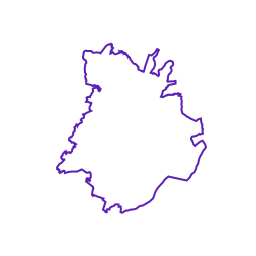 Cluj-Napoca, Cluj, Romania (Robinson projection), rotated 125°
{"feature_id": "2599482B57183419142958", "entity_name": "Cluj-Napoca", "entity_type": "district", "adm_level": 2, "iso_a3": "ROU", "parent_name": "Romania", "parent_adm1": "Cluj", "projection": "robinson", "projection_center": [23.595, 46.776], "detail": "fine", "context": "isolated", "style": "outline", "palette": "violet", "viewbox_px": 256, "rotation_deg": 125, "n_neighbors": 0, "source": "geoboundaries", "source_scale": "gbopen_adm2", "svg_char_len": 5815}
<svg xmlns="http://www.w3.org/2000/svg" viewBox="0 0 256 256"><g transform="rotate(125 128 128)"><path d="M96.8,203.6L97.2,202.9L96.9,201.5L97.4,200.5L98.7,199.8L98.7,199.5L100.0,199.6L103.9,197.7L107.3,195.0L108.0,193.2L110.4,192.7L111.5,191.6L111.8,190.4L112.7,190.2L112.8,189.6L113.2,189.1L114.4,188.7L115.8,187.4L114.0,183.1L114.0,181.5L112.7,180.6L112.7,180.4L113.3,180.4L112.4,179.0L111.9,179.3L111.7,178.3L112.3,177.5L111.7,177.5L111.3,176.9L111.3,177.3L111.1,177.3L110.8,176.9L111.2,175.1L111.8,174.1L111.8,172.8L114.2,172.4L114.4,173.1L112.9,175.6L112.8,176.9L114.9,178.7L115.2,179.2L116.4,179.3L117.8,177.6L121.2,177.5L121.6,177.2L124.3,177.3L124.2,177.1L124.5,176.9L125.1,178.2L126.0,179.0L127.0,179.3L127.1,178.8L127.9,178.2L127.9,177.6L130.6,177.4L129.4,175.2L129.2,173.6L128.7,173.0L128.7,172.2L130.2,171.8L132.5,171.6L133.7,171.1L135.0,169.9L135.1,168.0L139.5,170.7L142.1,171.6L142.2,172.4L142.4,172.7L142.9,172.5L142.9,171.1L144.4,170.2L145.4,170.2L146.4,171.1L148.4,171.4L148.7,171.2L148.6,170.0L149.8,169.1L152.0,170.2L154.2,170.7L155.0,170.6L154.2,171.3L154.6,172.3L155.2,171.8L157.6,172.3L158.2,172.2L158.2,171.8L159.1,171.0L160.8,170.2L160.8,170.4L161.3,170.1L162.8,170.4L163.3,170.1L163.2,169.8L163.5,170.1L164.8,169.1L168.0,169.0L168.3,169.2L168.5,169.7L169.4,170.2L170.8,170.0L171.8,169.4L171.9,168.5L171.5,168.0L172.2,166.1L171.8,166.1L171.5,164.1L171.1,163.9L171.1,161.3L172.5,162.0L173.4,161.0L173.6,161.7L174.2,161.8L173.9,160.8L177.0,161.6L179.3,160.5L181.3,160.7L181.4,161.7L181.8,161.8L181.6,162.3L182.5,163.3L184.6,163.9L183.2,165.1L183.9,165.1L183.5,165.6L183.5,166.2L186.3,166.4L188.3,166.1L188.2,165.9L188.4,165.8L189.6,166.2L190.4,165.9L191.0,165.1L191.0,164.5L191.4,163.7L190.3,162.3L190.5,161.9L195.0,162.5L196.4,163.4L199.2,163.6L199.9,163.4L200.6,163.6L201.5,163.3L201.9,162.5L201.6,161.8L201.8,161.4L202.3,161.7L202.3,161.2L201.8,161.0L201.6,160.4L202.9,159.2L203.1,159.4L203.7,158.9L203.7,158.7L203.4,158.5L203.8,158.1L202.8,157.2L202.2,157.6L201.9,157.1L201.2,157.1L200.5,156.4L199.8,156.1L199.6,155.5L201.1,153.9L198.1,151.4L196.0,149.2L192.9,144.7L191.0,143.7L190.0,142.8L188.6,142.3L188.3,140.9L188.5,137.2L188.1,136.7L188.2,136.0L187.7,135.1L186.3,134.4L186.2,133.6L186.6,132.6L189.5,130.4L192.6,129.7L192.8,129.4L192.8,129.0L193.4,129.0L193.4,129.7L193.0,130.2L193.4,130.5L192.0,131.4L192.5,132.0L192.6,132.7L194.1,132.6L194.1,131.6L195.8,131.7L196.3,122.9L197.3,122.2L197.6,121.5L199.1,121.3L203.2,119.3L202.9,118.5L203.6,118.1L203.7,117.7L202.5,117.4L201.9,114.7L199.9,107.8L200.8,107.9L200.9,107.5L201.3,107.5L201.5,104.0L209.2,101.7L209.1,97.9L209.6,97.9L209.4,97.2L209.0,97.1L208.1,98.2L206.4,98.4L205.5,96.5L204.2,97.0L203.2,96.9L201.9,96.4L200.2,95.0L197.7,94.6L196.1,91.9L197.9,90.5L196.5,89.1L196.8,88.8L197.6,88.3L197.9,87.7L201.2,85.9L200.9,84.3L196.8,82.5L195.8,80.8L193.3,79.0L191.3,76.5L189.3,74.9L185.7,73.8L184.4,72.9L182.9,71.3L175.6,68.0L171.1,67.1L164.2,69.0L161.1,69.2L158.4,69.1L153.0,68.3L149.0,68.3L144.6,67.1L137.4,49.9L133.2,49.1L129.6,49.6L128.7,49.4L126.8,48.4L125.7,48.2L122.2,48.9L119.9,49.8L116.6,50.1L114.1,51.3L111.1,52.3L103.5,53.2L99.2,53.0L98.0,54.2L97.2,55.4L95.6,59.6L97.9,61.0L103.6,62.7L104.2,62.7L104.0,65.0L102.8,66.3L102.7,67.0L101.8,67.8L101.8,68.4L101.7,68.4L101.1,70.0L100.2,70.5L98.7,70.7L98.0,70.4L97.3,69.1L96.8,68.9L96.4,68.2L93.9,66.7L91.8,66.0L92.0,65.5L91.7,65.3L91.8,65.0L90.7,64.2L90.7,63.9L89.6,63.3L87.9,65.2L85.9,65.9L85.9,66.6L85.2,67.0L84.6,67.9L82.7,68.8L82.4,69.7L80.2,72.3L78.4,73.6L79.1,74.4L81.1,75.6L82.9,75.9L83.3,76.8L84.6,82.5L84.5,84.7L84.8,85.2L84.7,92.1L82.0,95.1L79.9,95.8L78.9,97.0L77.8,98.0L77.1,98.2L75.0,99.6L73.2,101.4L71.6,102.2L71.8,103.5L72.4,104.9L71.9,104.9L71.5,104.5L70.4,104.5L70.6,104.9L70.4,105.2L71.0,105.8L70.5,105.9L70.7,106.5L71.5,106.5L71.7,107.1L71.3,107.0L71.3,107.3L72.6,108.0L72.7,108.5L72.9,108.7L72.8,109.1L74.4,109.5L74.3,110.3L74.9,110.2L75.2,110.6L75.7,110.9L76.3,111.7L76.2,112.1L76.7,112.9L77.3,113.1L77.6,114.3L79.1,114.8L79.3,115.5L81.8,116.5L82.9,117.5L83.5,118.9L80.4,119.4L77.9,120.7L73.8,119.1L73.0,120.0L71.0,119.1L70.2,119.7L69.0,118.9L64.4,114.5L62.2,116.1L64.0,117.9L65.7,120.3L67.1,121.7L67.3,122.0L66.8,122.9L65.3,123.3L62.7,124.8L60.8,125.3L58.7,124.8L56.3,125.0L54.9,126.1L54.2,127.7L53.2,127.9L51.5,127.3L50.1,127.5L49.0,128.4L48.0,129.8L48.6,130.7L48.6,131.8L49.3,132.6L50.1,133.1L52.9,134.1L54.4,134.2L55.6,133.8L60.9,134.3L62.1,135.7L62.5,135.8L63.8,135.7L66.4,133.2L67.2,132.9L68.1,133.1L68.1,134.8L67.9,135.5L68.0,137.2L69.0,138.4L68.5,138.6L69.2,139.4L69.8,141.1L67.3,141.3L63.9,141.1L60.5,142.1L58.1,144.4L57.4,146.1L56.2,147.0L55.0,147.2L53.9,146.6L51.4,146.3L47.9,147.3L46.6,147.4L46.7,147.7L46.4,147.9L46.6,149.4L50.7,149.2L55.0,150.2L56.0,152.6L67.6,149.2L72.7,147.3L73.0,147.7L72.9,148.1L73.1,148.2L73.0,148.4L73.3,148.7L73.2,149.2L73.5,149.6L74.1,152.8L73.2,154.0L72.3,154.0L71.9,154.7L71.7,156.3L71.2,157.1L71.4,159.0L71.9,159.6L71.7,161.5L71.0,163.2L70.4,165.4L69.4,166.4L69.1,167.8L69.1,168.4L69.4,168.6L69.2,169.0L70.0,168.9L69.4,169.7L69.0,169.8L69.4,170.5L69.3,171.2L68.7,171.7L69.1,172.4L69.0,173.0L68.7,173.2L69.1,173.5L68.7,173.5L68.9,173.9L68.7,174.1L69.1,174.5L69.3,175.0L69.1,175.2L69.3,175.5L69.0,175.7L69.4,176.0L69.0,176.2L69.1,176.5L68.7,176.6L68.7,177.5L70.0,178.6L70.1,179.1L70.5,178.5L70.2,178.0L70.5,177.7L71.8,178.3L72.3,178.9L74.5,180.3L75.1,180.9L75.2,181.6L74.7,183.9L74.8,183.8L76.2,184.8L76.7,184.7L77.2,185.1L74.7,186.3L71.0,186.1L70.8,187.3L71.2,187.7L70.3,188.1L70.2,188.6L69.5,188.4L68.8,189.2L68.7,190.0L69.4,190.8L70.3,191.0L71.0,192.1L73.6,193.1L82.6,193.4L82.7,194.7L83.3,195.4L83.8,196.8L86.4,199.6L86.4,200.6L86.0,201.5L86.5,203.1L88.3,205.4L88.8,206.9L89.5,207.5L91.1,207.8L91.7,207.3L92.5,207.2L94.2,206.2L95.4,205.8L96.8,204.6L96.8,203.6Z" fill="none" stroke="#5b21b6" stroke-width="2"/></g></svg>